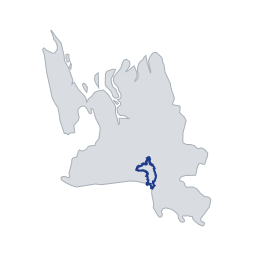 Jamalpur, Dhaka, Bangladesh (highlighted), rotated 174°
{"feature_id": "16705992B65705561019803", "entity_name": "Jamalpur", "entity_type": "district", "adm_level": 2, "iso_a3": "BGD", "parent_name": "Bangladesh", "parent_adm1": "Dhaka", "projection": "mercator", "projection_center": [89.869, 25.0], "detail": "fine", "context": "in_parent", "style": "outline", "palette": "blue", "viewbox_px": 256, "rotation_deg": 174, "n_neighbors": 0, "source": "geoboundaries", "source_scale": "gbopen_adm2", "svg_char_len": 7728}
<svg xmlns="http://www.w3.org/2000/svg" viewBox="0 0 256 256"><g transform="rotate(174 128 128)"><path d="M85.5,186.6L85.4,180.0L81.1,167.2L81.3,165.8L80.4,159.5L79.4,156.1L78.8,152.4L81.4,147.1L80.4,146.2L74.6,144.6L73.9,143.3L75.1,138.0L71.0,133.1L69.4,129.4L73.8,117.5L74.9,109.1L74.6,107.5L71.9,105.6L67.1,104.9L63.7,103.3L61.7,101.0L60.0,100.0L58.0,100.7L55.3,99.8L53.1,97.5L51.3,94.6L52.0,91.5L55.5,84.1L56.8,83.9L59.8,85.3L60.9,85.3L62.9,82.4L65.7,74.0L75.4,74.7L77.7,74.5L80.1,73.8L81.4,72.7L82.2,71.4L81.9,70.2L78.9,68.7L77.8,67.5L77.0,64.1L76.1,62.9L70.2,62.7L67.2,61.2L65.5,59.8L62.6,55.2L58.9,51.8L55.4,51.0L54.0,49.9L53.3,48.2L53.7,45.7L55.5,40.8L65.1,30.3L65.4,29.2L65.0,27.8L62.2,26.1L62.0,25.3L62.8,23.1L64.4,22.8L67.7,24.8L71.1,28.0L73.1,30.9L73.2,33.2L75.9,33.7L78.1,34.7L80.3,34.4L81.8,34.9L82.8,34.7L83.2,33.4L81.3,30.1L82.2,28.7L84.4,28.8L86.0,30.0L87.2,32.6L87.4,36.5L90.0,40.1L93.4,42.6L96.1,43.8L99.3,44.6L102.1,43.8L103.5,41.4L102.9,39.1L103.3,37.1L104.4,36.0L106.1,36.1L107.4,37.7L111.2,46.2L110.4,50.0L111.3,60.3L110.3,67.1L110.9,69.7L111.5,70.2L117.2,71.4L125.4,74.1L131.7,75.1L160.2,74.4L166.4,75.7L185.4,74.7L190.5,76.9L196.1,80.4L199.3,83.0L199.9,84.5L199.5,85.8L198.5,86.5L196.5,86.5L192.1,84.8L191.3,85.3L191.3,89.4L187.6,99.5L187.1,102.6L185.8,103.9L182.1,104.5L179.6,110.4L178.6,111.2L176.1,109.9L174.6,110.1L172.7,110.6L170.8,112.0L169.4,113.7L167.9,114.2L162.6,114.1L161.6,116.9L158.1,120.4L155.7,129.9L155.9,132.8L158.9,140.3L160.9,150.1L161.7,151.1L162.7,151.2L162.7,146.7L163.7,146.1L164.9,146.6L167.4,152.6L168.8,154.2L171.0,154.6L173.5,153.7L175.4,151.9L176.2,150.0L175.5,143.5L176.7,140.8L181.0,136.8L181.6,135.6L181.4,129.0L183.0,128.8L185.2,129.3L187.9,127.7L188.8,127.7L189.9,129.4L191.9,129.1L194.8,142.1L195.1,151.3L195.8,156.4L196.8,157.6L200.1,165.2L203.1,192.1L203.5,209.0L204.7,214.8L203.7,216.1L202.6,216.3L201.7,214.3L194.7,210.0L193.0,210.4L190.6,212.9L189.7,215.3L190.1,218.5L190.9,221.7L192.5,223.5L192.6,225.6L194.5,233.1L194.0,233.2L190.2,226.3L185.6,219.5L184.1,207.3L184.0,201.2L180.8,194.1L177.9,181.7L179.2,177.3L176.9,179.2L173.5,171.8L168.0,164.4L166.5,161.2L166.4,158.0L164.0,161.2L160.8,163.4L157.6,166.8L155.4,167.8L148.6,168.4L144.6,163.9L138.9,152.9L138.2,150.5L138.9,144.0L137.6,137.8L137.2,132.4L136.2,132.9L135.8,134.4L136.0,136.7L135.6,138.6L126.1,137.3L130.1,140.6L134.5,141.3L136.8,144.2L136.9,149.0L132.6,151.9L133.0,154.3L135.5,157.3L132.5,158.1L131.6,160.1L131.6,162.8L133.7,167.1L133.3,168.7L136.9,174.2L137.6,176.9L136.7,180.6L128.9,188.2L126.7,193.5L124.8,196.0L122.4,196.5L119.5,194.0L119.4,191.4L120.0,189.3L124.1,184.3L121.9,185.0L115.6,189.1L114.4,185.7L113.6,182.6L113.6,178.8L116.6,173.1L113.2,176.0L112.2,179.5L112.6,183.7L112.2,186.7L110.8,190.5L109.0,192.8L106.0,194.3L104.7,196.6L102.7,198.3L102.0,190.5L99.9,180.0L99.4,182.3L100.5,188.8L100.5,193.0L98.8,196.3L95.6,199.9L93.1,200.4L91.6,199.9L86.9,194.5L86.5,189.4L85.5,186.6ZM143.0,186.7L137.2,188.0L134.2,187.6L139.8,178.1L139.6,173.9L138.7,170.5L135.9,167.7L135.8,165.7L134.5,163.0L133.8,159.8L137.0,158.8L139.5,160.6L140.4,164.2L141.6,166.9L146.0,172.5L145.9,175.9L144.7,184.2L143.0,186.7ZM155.4,183.6L151.9,186.1L153.0,171.2L155.7,176.8L156.3,179.7L155.4,183.6ZM168.9,176.2L167.4,177.2L166.0,176.3L164.1,172.8L165.0,168.4L165.6,167.7L167.8,172.3L168.9,176.2ZM182.0,207.6L180.0,207.7L179.0,206.7L179.5,205.2L178.9,200.4L181.5,199.9L182.4,203.9L182.0,207.6ZM179.8,194.1L178.3,198.9L177.7,196.7L178.7,192.5L179.8,194.1ZM138.5,155.2L139.1,156.8L135.8,154.8L135.0,153.3L136.4,152.6L138.5,155.2Z" fill="#d9dde1" stroke="#a8b0b8" stroke-width="1"/><path d="M107.6,89.1L107.8,89.2L108.1,89.4L108.3,89.5L108.4,89.4L108.5,89.2L109.0,89.5L109.5,89.3L109.8,89.6L109.9,90.1L109.8,90.3L109.7,90.4L110.1,90.5L110.0,90.9L109.9,91.0L109.5,91.0L109.6,91.3L109.7,91.6L109.8,91.6L109.9,91.8L110.1,91.8L110.1,92.0L110.2,92.3L110.1,92.5L110.3,92.5L110.2,92.9L109.9,93.1L109.9,93.3L109.9,94.1L109.9,94.7L109.7,94.7L109.3,94.8L109.3,95.1L109.4,95.4L109.5,95.6L109.8,95.9L109.9,96.4L110.1,96.5L110.1,96.8L110.3,96.8L110.7,96.8L110.8,96.8L110.8,96.6L111.0,96.5L110.8,96.4L110.8,96.2L111.0,96.3L111.1,96.1L111.4,96.1L111.2,95.9L111.4,95.6L111.6,95.5L111.4,95.4L111.5,95.2L111.7,95.3L111.6,95.2L111.8,95.1L111.8,94.9L111.8,94.7L112.1,94.9L111.9,94.6L111.9,94.4L112.0,94.4L111.9,94.2L112.0,93.9L112.4,93.9L112.7,93.8L112.7,93.7L112.6,93.4L113.0,92.7L113.2,92.9L113.5,92.9L113.7,92.7L113.7,92.4L113.6,92.1L113.1,91.7L113.1,91.4L113.1,91.1L113.0,90.8L113.1,90.6L113.1,90.4L113.4,90.4L113.4,90.5L113.5,90.6L113.9,90.7L113.8,90.4L114.0,90.7L114.2,90.4L114.3,90.4L114.7,90.3L114.6,90.2L114.5,89.9L114.6,90.0L115.0,89.9L114.9,89.9L115.1,90.1L115.1,90.4L115.3,90.3L115.6,90.3L115.8,90.6L115.7,90.7L115.7,90.8L115.8,90.8L116.1,91.1L116.4,91.0L116.5,91.0L116.6,90.9L116.7,91.0L116.8,90.9L116.8,90.6L117.0,90.6L116.9,90.5L117.0,90.5L117.2,90.3L117.4,90.3L117.5,90.1L117.4,90.1L117.6,90.1L117.8,89.9L117.9,89.6L117.8,89.4L118.2,89.1L118.5,89.1L118.9,89.1L119.4,89.0L119.6,88.7L120.0,88.6L120.5,88.9L120.8,88.9L120.9,88.7L121.1,88.8L121.2,88.7L121.3,88.8L121.6,88.9L121.6,89.1L121.8,89.0L121.7,88.9L121.8,88.9L121.9,88.7L122.0,88.6L122.4,88.6L122.4,88.4L122.4,88.2L122.4,87.8L122.6,87.6L122.7,87.3L122.8,87.3L123.1,87.3L123.3,87.4L123.4,87.2L123.2,87.2L123.1,86.8L123.3,86.7L123.4,86.4L123.5,86.2L123.8,86.1L123.6,86.1L123.7,85.9L123.2,86.0L123.2,85.9L123.4,85.9L123.5,85.7L123.8,85.6L123.7,85.4L123.8,85.4L123.6,85.3L123.6,85.2L123.1,85.0L122.8,85.0L122.7,84.9L122.4,84.9L122.4,84.6L122.2,84.4L122.0,84.5L121.9,84.7L121.5,84.7L121.2,84.5L121.0,84.4L120.7,84.3L120.1,84.4L119.8,84.3L119.3,84.4L118.9,84.3L118.7,84.1L118.2,84.3L118.2,84.2L118.4,83.9L118.1,84.1L118.0,84.3L117.3,84.1L117.2,84.0L117.1,83.9L116.7,83.8L116.5,84.0L116.1,83.8L115.6,83.7L115.4,83.5L115.2,83.4L115.3,83.1L115.2,83.0L115.2,82.7L115.0,82.4L114.8,82.4L114.5,82.4L114.0,82.6L113.9,82.5L113.9,82.3L113.9,81.5L113.9,81.4L113.5,81.4L113.6,81.1L113.4,80.7L113.5,80.3L113.1,80.2L113.2,79.9L113.2,79.7L113.8,79.6L114.0,79.5L113.9,79.3L114.3,79.0L114.6,78.6L114.3,78.6L114.1,78.3L114.1,78.2L114.3,77.9L114.2,77.7L113.9,77.3L113.8,76.9L113.6,76.9L113.6,76.7L113.6,76.4L113.6,76.2L113.7,75.8L113.8,75.7L113.7,75.5L113.8,75.1L113.9,74.8L114.1,74.6L113.8,74.3L113.6,74.3L113.3,74.2L113.2,74.1L113.4,73.9L113.4,73.4L113.5,73.2L113.4,73.1L113.5,72.9L113.7,72.6L113.7,72.4L113.8,72.2L113.9,71.9L113.8,71.4L113.9,71.2L114.0,71.2L114.3,71.2L114.5,71.4L114.8,71.4L114.7,71.0L114.9,70.7L114.8,70.4L115.0,70.3L115.4,70.1L115.3,69.8L115.2,69.7L115.1,69.9L114.7,69.9L114.5,69.7L114.4,69.7L114.2,69.6L113.7,69.7L113.6,69.9L113.5,70.0L113.4,70.2L113.3,70.3L113.0,70.4L112.5,70.3L112.4,70.4L112.2,70.3L112.0,70.2L111.9,70.2L111.5,70.1L111.7,69.8L111.7,69.7L111.8,69.6L111.8,69.4L111.8,69.2L111.5,68.8L111.3,68.2L111.2,68.1L111.1,67.9L111.1,67.2L111.1,66.9L111.3,66.2L111.3,65.9L111.3,65.7L111.1,65.6L110.4,65.5L110.1,65.3L110.0,65.2L109.3,65.0L109.5,65.2L109.6,65.4L109.5,65.7L109.8,65.7L109.9,66.0L109.8,66.7L109.7,66.8L109.4,66.9L108.7,67.0L108.5,67.3L107.8,67.8L108.0,67.9L108.0,68.1L108.1,68.3L108.4,69.2L108.5,69.2L108.5,69.4L108.6,70.0L108.8,70.3L109.0,70.6L108.9,70.9L108.7,71.0L108.8,71.1L108.7,71.5L108.8,71.7L108.7,72.2L108.7,72.3L107.5,72.3L107.3,72.3L107.1,72.4L107.0,72.9L106.6,73.4L106.3,74.2L106.3,74.5L106.2,74.7L105.7,75.4L105.5,75.7L105.4,76.5L105.4,77.0L105.2,77.4L105.1,77.6L105.3,78.0L105.5,78.1L105.5,78.4L105.6,78.6L105.6,79.1L105.4,79.2L105.4,79.4L105.8,80.7L105.8,81.4L106.2,81.8L106.3,82.2L106.4,82.9L106.2,83.3L106.2,83.6L106.3,84.0L106.5,84.0L106.6,84.5L106.4,84.5L106.2,84.8L105.8,85.1L106.0,85.4L106.0,85.9L106.4,86.6L106.5,87.0L107.1,87.8L107.4,88.0L108.1,88.3L107.9,88.8L107.6,89.1Z" fill="none" stroke="#1e3a8a" stroke-width="2"/></g></svg>